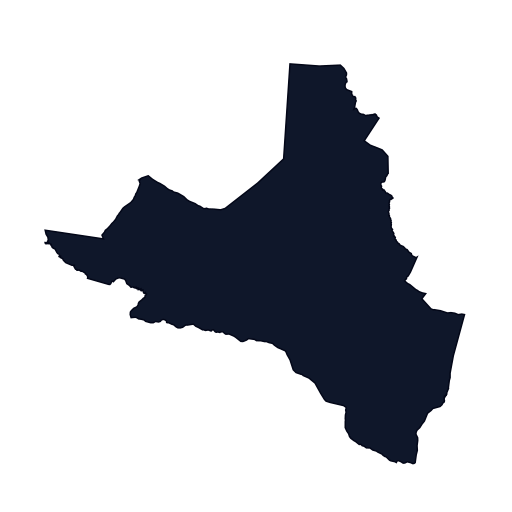 Cochinoca, Jujuy, Argentina (Albers equal-area conic projection), rotated 94°
{"feature_id": "61730980B75559747618877", "entity_name": "Cochinoca", "entity_type": "district", "adm_level": 2, "iso_a3": "ARG", "parent_name": "Argentina", "parent_adm1": "Jujuy", "projection": "albers", "projection_center": [-66.066, -23.06], "detail": "fine", "context": "isolated", "style": "filled", "palette": "ink", "viewbox_px": 512, "rotation_deg": 94, "n_neighbors": 0, "source": "geoboundaries", "source_scale": "gbopen_adm2", "svg_char_len": 6076}
<svg xmlns="http://www.w3.org/2000/svg" viewBox="0 0 512 512"><g transform="rotate(94 256 256)"><path d="M326.2,376.3L325.5,372.0L326.0,370.2L326.9,368.8L327.1,365.9L327.6,363.2L328.9,361.5L329.9,356.5L329.7,353.8L328.3,351.7L328.6,348.6L327.9,346.9L326.4,345.9L325.7,344.1L325.9,342.8L326.9,340.8L328.5,340.5L328.7,340.1L328.7,338.3L329.9,335.3L330.3,333.4L332.3,330.7L333.1,328.9L333.0,326.5L332.2,324.2L330.1,321.8L329.7,320.9L329.7,319.7L328.3,313.7L330.3,311.1L331.3,308.4L333.4,304.1L333.2,303.2L333.8,301.2L333.1,298.5L333.9,295.8L333.8,295.2L332.7,294.5L332.5,293.3L334.3,291.6L334.7,290.9L334.8,290.1L334.4,288.8L334.8,286.7L334.2,286.2L333.9,283.5L335.3,282.1L336.1,280.6L335.7,277.4L337.4,272.6L338.4,270.7L342.2,265.2L342.2,263.2L341.8,262.2L340.5,259.6L338.9,257.7L339.3,251.6L340.4,249.6L340.2,245.3L340.8,241.3L340.6,239.7L341.5,236.9L342.0,233.4L343.6,231.5L345.8,227.9L348.5,220.3L349.7,219.3L352.2,218.1L357.2,214.8L366.9,210.9L369.5,207.9L370.9,202.6L371.0,201.5L371.9,200.7L374.0,194.8L378.6,188.3L388.3,182.0L394.3,177.7L395.9,176.0L396.9,171.9L399.1,158.2L400.6,155.7L401.4,155.4L403.4,155.8L405.6,155.2L408.3,155.7L412.3,155.6L413.3,155.3L414.8,155.4L421.0,155.0L424.3,153.2L426.8,151.2L429.6,150.1L431.2,148.7L433.3,145.5L434.2,143.6L436.8,139.9L436.6,138.6L436.8,137.8L437.8,136.9L438.2,134.9L439.7,132.5L439.5,129.0L441.4,126.0L442.2,122.2L443.0,121.0L444.8,116.5L445.9,115.4L447.0,113.5L447.3,112.1L450.4,108.5L450.9,107.2L451.5,103.1L452.2,101.6L450.8,101.1L450.3,100.2L450.3,99.2L451.2,96.8L452.3,94.9L452.3,94.0L452.0,92.9L450.7,90.8L451.4,87.1L452.2,85.0L451.8,83.7L451.0,82.8L443.1,82.3L438.6,81.5L434.0,82.1L428.8,81.8L426.0,82.1L422.5,84.1L420.2,83.9L418.4,83.1L415.7,80.6L412.1,78.7L408.9,76.5L400.9,73.9L397.9,70.6L395.8,69.0L393.3,61.9L391.4,60.1L389.7,59.4L388.5,58.1L387.2,57.9L386.3,58.3L385.3,58.2L384.6,58.6L384.0,58.0L383.5,58.0L383.2,57.6L382.7,58.2L381.8,56.6L381.3,56.8L380.7,56.2L380.3,56.5L380.0,56.1L379.2,56.2L374.6,54.7L374.1,54.9L366.7,54.5L363.8,53.9L359.4,54.2L341.7,52.2L299.9,43.9L299.6,46.7L300.4,50.2L299.2,53.7L298.9,57.6L299.5,61.0L297.7,68.2L297.1,74.6L297.3,75.3L296.6,77.7L287.1,87.6L281.7,84.1L281.2,87.6L280.1,91.1L279.1,92.5L278.4,94.2L273.8,100.6L272.9,102.8L270.5,106.0L268.7,105.1L268.4,104.4L266.2,104.1L265.4,102.9L261.2,100.8L245.9,95.3L246.3,95.9L246.3,96.7L245.0,100.0L244.5,100.6L242.7,101.3L241.6,103.6L239.1,105.7L238.5,107.6L237.9,107.9L236.3,109.7L235.2,112.9L233.7,114.2L233.3,115.3L232.4,115.8L231.5,117.0L230.2,117.4L229.3,118.7L227.8,118.3L227.1,118.9L226.7,120.0L226.0,119.7L225.4,120.3L223.8,120.1L221.2,122.0L220.4,122.1L219.9,121.7L219.0,122.7L217.6,123.3L214.9,123.2L214.0,123.7L213.2,123.3L212.1,123.9L211.2,123.7L210.6,124.2L209.7,124.2L208.4,125.0L207.4,125.8L206.4,125.8L206.3,126.3L205.3,126.5L204.9,126.2L202.7,127.0L201.8,126.9L201.1,126.4L200.0,126.6L198.9,126.1L197.9,126.6L197.2,126.4L196.5,126.9L195.5,126.5L193.9,127.1L192.6,126.5L191.5,126.8L190.3,126.3L190.3,125.5L189.9,125.0L189.3,124.9L189.2,123.9L188.6,123.4L187.6,124.4L186.6,124.8L185.8,126.0L185.4,127.3L184.1,129.3L184.1,130.8L182.4,131.8L182.2,132.4L181.1,133.0L181.4,134.3L180.4,134.4L180.0,135.2L179.1,135.9L177.6,135.6L177.1,136.1L175.5,136.6L174.2,136.3L173.7,135.8L173.3,134.8L173.2,133.7L172.7,133.1L171.5,132.6L167.9,132.1L166.8,131.1L165.0,130.5L164.4,129.9L147.4,131.4L141.4,137.5L137.4,150.0L133.5,156.1L109.9,142.9L109.0,144.5L107.9,145.6L107.3,145.5L106.9,145.8L106.6,146.4L106.8,146.8L106.0,147.2L106.5,148.6L107.2,149.1L106.8,150.1L107.4,151.0L107.2,151.7L107.8,154.0L107.8,155.0L108.4,156.2L107.2,158.8L107.2,160.7L106.4,162.9L104.9,164.3L103.3,165.0L101.8,166.2L101.8,167.3L102.9,168.3L103.0,168.8L100.6,168.0L95.8,167.5L94.3,166.9L93.0,167.6L91.5,167.5L90.1,168.5L90.2,170.2L89.6,171.0L88.9,170.9L88.3,171.8L85.3,172.0L83.7,177.2L82.1,178.6L80.7,179.0L79.0,179.1L77.1,178.6L76.3,178.1L76.0,177.5L75.4,177.4L72.8,178.1L72.2,178.7L71.0,179.1L69.0,178.4L67.1,178.5L62.8,181.4L59.7,185.2L62.1,206.0L62.0,235.5L157.2,235.2L183.1,259.4L210.7,290.1L212.4,294.5L212.2,301.3L212.4,306.5L211.8,308.9L212.2,309.6L212.4,311.6L210.2,315.5L209.9,317.2L208.0,320.4L206.1,326.2L204.8,328.7L201.8,332.2L199.7,336.4L198.7,338.5L197.9,342.8L196.9,344.1L196.1,347.2L194.8,349.5L192.8,352.1L190.3,357.0L189.5,359.3L186.7,364.6L183.5,369.1L186.2,375.5L187.9,377.7L187.9,376.9L189.1,377.8L191.8,376.6L194.3,377.2L201.1,379.4L202.3,380.2L204.5,380.7L205.8,381.5L208.1,382.2L211.4,384.6L216.2,390.6L217.7,392.1L222.3,394.8L222.8,395.3L224.4,396.0L225.6,397.0L229.1,398.5L232.0,400.5L233.7,402.1L236.0,403.6L239.1,406.1L240.9,408.1L242.8,408.8L245.9,411.1L249.6,409.3L245.0,468.1L248.9,466.9L251.7,464.9L254.7,464.3L255.1,464.3L255.6,464.9L257.0,464.8L257.1,465.1L256.9,465.3L257.6,465.7L257.3,466.3L257.3,467.3L258.2,467.0L258.5,466.3L258.1,465.3L258.3,464.2L257.2,463.8L258.3,462.5L258.6,461.8L258.5,461.3L258.8,461.0L259.6,461.2L260.7,460.2L261.3,460.1L262.3,458.9L263.0,457.0L266.4,454.8L267.5,453.8L267.7,452.8L268.0,452.6L269.8,451.8L269.9,452.2L270.3,452.4L270.5,451.8L270.0,451.0L271.2,451.0L272.1,448.7L273.7,447.8L275.9,445.3L278.1,438.9L277.9,436.5L278.2,436.5L278.6,437.1L279.8,436.4L281.5,435.3L281.8,435.0L282.0,433.8L282.7,433.6L282.4,431.4L283.5,429.4L283.3,428.5L283.7,427.5L285.0,425.1L285.7,425.0L286.4,423.7L288.2,422.5L288.8,422.3L290.0,422.5L294.6,401.0L294.6,399.8L293.7,399.0L291.3,398.1L291.1,397.6L291.6,396.5L288.7,394.2L287.6,392.0L287.2,390.5L288.2,385.5L289.5,384.3L292.6,382.9L294.2,380.2L295.9,378.5L295.4,376.7L296.0,375.7L295.8,375.3L296.1,375.2L296.4,374.2L295.7,373.7L296.2,373.6L296.2,373.1L296.9,372.7L296.9,372.3L296.1,371.7L296.2,371.4L296.9,371.6L297.8,371.2L297.6,370.7L296.8,370.4L297.6,369.8L296.9,368.6L297.6,368.7L297.7,368.4L298.3,368.5L298.7,368.1L297.8,366.8L297.8,366.3L299.4,366.1L301.0,365.1L301.2,364.3L300.4,363.7L301.1,363.5L301.4,362.6L302.0,362.7L303.5,363.9L305.0,363.9L306.0,365.4L307.8,366.9L309.9,369.3L311.4,370.0L313.3,370.2L315.1,371.4L316.7,374.3L319.1,376.4L320.7,377.4L323.2,377.4L326.2,376.3Z" fill="#0f172a" stroke="#020617" stroke-width="1.5"/></g></svg>